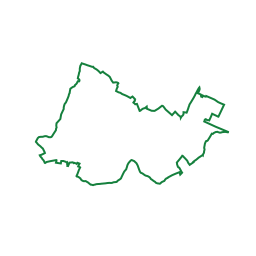 the district of Boianu Mare, Bihor, Romania, rotated 132°
{"feature_id": "2599482B10353811537276", "entity_name": "Boianu Mare", "entity_type": "district", "adm_level": 2, "iso_a3": "ROU", "parent_name": "Romania", "parent_adm1": "Bihor", "projection": "albers", "projection_center": [22.513, 47.387], "detail": "fine", "context": "isolated", "style": "outline", "palette": "green", "viewbox_px": 256, "rotation_deg": 132, "n_neighbors": 0, "source": "geoboundaries", "source_scale": "gbopen_adm2", "svg_char_len": 5781}
<svg xmlns="http://www.w3.org/2000/svg" viewBox="0 0 256 256"><g transform="rotate(132 128 128)"><path d="M200.4,184.2L200.2,180.6L200.3,179.3L200.3,178.5L200.2,177.9L200.4,177.1L201.7,173.9L202.2,173.0L204.1,173.7L206.2,174.6L206.8,175.0L207.3,175.3L207.7,174.3L207.9,173.1L208.0,171.8L208.4,170.8L208.5,169.3L208.9,168.0L209.6,166.6L209.5,166.2L208.9,166.0L207.8,165.8L204.3,163.3L200.3,160.2L199.8,159.7L200.1,159.3L201.0,158.8L202.0,158.3L200.9,156.6L199.3,154.2L197.2,155.5L195.8,154.0L194.7,151.5L194.8,149.9L194.5,149.9L194.9,149.4L195.9,148.7L195.7,148.0L196.7,147.6L196.4,147.1L192.9,148.3L191.8,147.3L190.5,146.1L190.4,144.8L189.9,144.7L189.1,142.9L189.0,142.1L188.3,142.2L187.7,142.3L186.9,140.2L188.7,139.7L189.9,139.3L189.7,138.9L189.6,138.5L189.3,137.5L189.3,137.2L192.0,136.4L195.7,134.9L198.2,134.1L198.3,133.6L197.7,132.6L197.5,131.8L197.4,130.6L197.3,129.6L197.6,128.9L197.8,128.0L197.7,126.8L197.4,125.9L197.0,125.1L195.9,124.1L195.6,123.3L195.5,122.5L195.2,121.1L195.2,119.9L195.1,117.9L194.7,117.5L194.3,116.6L193.8,115.7L193.5,115.5L192.8,115.2L192.1,114.6L191.0,114.0L189.8,112.9L188.4,111.5L187.0,110.3L184.3,107.8L182.6,106.4L181.3,105.2L180.6,104.3L179.9,103.5L179.2,103.0L178.5,102.7L177.7,102.2L177.0,101.5L176.2,100.8L175.7,100.4L175.1,100.3L174.3,100.4L173.4,100.2L171.2,99.6L170.1,99.5L169.0,99.9L167.3,100.4L165.7,100.9L163.1,101.6L161.9,101.7L160.6,101.7L159.9,101.7L159.1,102.1L157.9,102.6L157.1,103.0L156.4,103.4L155.3,103.8L153.4,104.2L152.3,104.2L151.1,104.2L150.3,104.2L149.4,103.9L149.1,103.2L148.9,102.5L148.4,101.1L148.5,100.2L148.5,99.0L148.5,98.2L149.4,95.7L151.4,92.0L152.5,89.8L152.7,88.5L152.1,86.9L151.8,84.0L151.6,83.1L151.1,82.1L150.6,81.1L150.4,80.2L150.2,79.3L150.2,78.4L150.5,77.2L150.6,76.7L150.4,75.8L150.2,73.4L150.0,72.4L149.9,71.8L149.9,71.6L150.0,71.1L150.0,70.4L149.5,69.2L149.2,68.7L148.8,68.2L148.3,67.3L148.0,67.1L147.9,67.0L147.8,66.9L146.0,66.8L145.0,66.5L144.6,66.3L143.9,66.0L143.5,65.8L143.0,65.6L142.7,65.7L142.3,65.7L141.5,65.9L141.1,65.9L140.4,65.8L139.9,65.8L139.6,65.7L139.3,65.5L139.1,65.4L138.8,65.2L138.4,65.1L138.0,65.2L133.5,63.6L130.0,62.0L126.4,60.2L127.7,58.0L125.0,57.9L124.7,59.1L124.0,61.0L123.5,62.4L123.3,63.0L123.2,63.6L123.5,64.1L123.5,64.6L123.3,65.3L122.8,65.9L122.5,66.7L122.1,67.3L121.6,67.8L121.0,68.6L120.4,68.6L117.3,68.7L113.7,68.9L112.3,69.1L112.1,68.4L112.2,67.8L112.3,66.4L112.4,64.8L112.6,62.9L112.6,62.2L112.8,61.8L113.1,61.2L113.3,60.6L113.6,59.9L113.7,59.5L113.8,59.2L113.9,58.3L114.1,57.5L109.6,56.4L109.5,56.8L107.9,56.6L106.0,56.1L104.0,55.8L102.9,55.7L100.7,55.1L99.1,54.7L98.3,54.5L98.3,54.0L97.3,54.6L96.9,54.7L95.9,54.9L95.4,55.1L95.1,55.3L94.5,55.8L93.9,56.1L92.8,56.7L92.3,57.3L92.1,57.7L91.8,58.1L90.7,58.8L89.2,59.7L88.5,60.2L87.3,60.7L86.6,60.9L85.8,61.2L85.2,61.1L84.7,60.6L83.9,60.4L82.9,60.6L81.1,60.9L79.0,61.3L77.3,61.7L76.1,61.9L75.8,61.2L75.6,61.0L74.3,60.9L73.5,60.6L72.3,60.1L71.0,59.0L70.8,58.3L70.0,56.6L69.2,55.9L68.2,55.3L67.8,55.0L66.8,54.1L66.1,53.4L65.2,52.3L64.7,51.3L63.7,50.3L66.8,59.2L68.4,63.7L72.1,75.6L71.5,75.7L71.2,76.0L71.0,76.3L70.7,76.3L70.1,76.4L69.6,76.3L69.4,76.1L69.3,75.4L69.2,74.7L69.0,74.2L68.7,73.9L68.3,73.4L68.0,72.7L63.9,74.0L61.1,75.0L60.7,73.6L60.3,72.2L59.8,70.6L59.6,69.9L59.5,69.5L59.4,69.0L59.1,68.4L52.7,70.3L46.4,72.2L47.6,75.6L48.1,77.2L48.5,78.6L48.7,80.5L49.0,82.7L50.4,86.9L51.9,91.3L52.5,91.1L52.9,91.5L53.3,92.5L53.9,94.4L54.1,94.3L54.6,93.9L55.0,93.5L55.3,93.5L55.4,94.0L55.6,94.4L55.7,94.6L54.4,96.3L54.8,97.6L55.4,99.3L52.6,100.1L51.1,100.8L50.6,101.4L50.1,102.1L50.3,102.1L50.7,102.1L50.9,102.0L51.2,102.0L51.8,101.9L53.2,101.6L54.7,101.2L55.4,101.0L57.7,100.5L58.9,100.1L61.9,99.4L66.5,98.5L69.5,98.0L70.4,97.5L72.0,96.9L73.0,96.4L76.7,94.9L77.4,94.7L77.7,95.3L79.1,97.3L79.9,96.6L80.4,96.2L80.7,96.0L81.2,95.8L81.5,95.8L82.0,95.7L83.4,95.9L85.0,95.6L84.9,95.7L84.8,95.9L84.7,96.1L84.6,96.7L84.5,97.3L84.6,98.3L84.7,99.3L84.7,99.7L84.6,100.1L84.6,100.4L84.5,100.8L84.5,102.0L84.4,102.7L84.3,103.4L84.3,103.9L89.0,103.9L89.1,112.4L88.5,115.2L88.3,116.7L88.7,117.6L90.8,118.0L93.2,118.4L97.5,119.7L99.4,122.0L100.0,123.8L101.1,127.0L100.3,127.6L99.6,128.4L101.7,128.7L103.6,129.8L104.6,130.1L105.8,130.3L106.9,130.4L107.5,130.8L104.1,137.5L105.5,138.5L105.4,139.6L105.5,141.0L104.3,141.2L103.4,141.1L103.1,141.1L102.8,141.5L102.5,141.9L101.9,142.0L101.6,145.7L102.3,145.9L103.3,146.2L104.1,146.3L104.9,149.8L105.4,151.5L106.1,153.5L106.7,155.1L106.8,156.0L106.9,157.1L107.3,157.9L107.8,158.9L108.5,161.6L107.3,162.2L105.9,162.8L104.3,163.2L103.6,164.5L102.4,164.9L101.2,165.1L101.1,165.5L101.2,165.8L101.4,166.4L101.7,167.0L102.2,167.7L102.5,167.9L103.4,168.7L104.2,169.4L103.7,171.9L103.1,173.4L102.2,175.8L102.3,178.1L102.6,179.7L103.0,183.2L102.9,184.4L105.6,185.2L105.4,187.7L105.4,188.7L105.5,190.4L105.7,191.4L106.1,193.2L105.8,194.9L106.4,195.4L106.7,196.0L107.7,198.3L108.6,200.3L109.2,201.9L110.9,205.7L112.2,205.3L113.5,205.1L114.6,204.5L116.1,203.6L118.0,201.9L119.5,201.4L121.5,200.2L123.4,199.3L124.7,198.5L124.6,197.6L124.6,196.6L125.1,195.9L125.6,195.6L126.2,195.6L126.7,196.5L127.7,196.4L128.8,196.0L130.0,195.9L131.6,196.1L132.4,195.7L132.9,195.7L134.3,196.4L135.0,196.6L135.8,196.8L137.4,197.1L140.7,195.1L140.9,194.8L142.5,194.4L143.8,193.6L145.9,192.8L149.1,191.7L150.7,191.2L152.1,191.2L152.9,191.0L154.6,190.2L155.9,189.4L156.9,188.5L162.6,186.8L166.6,184.3L169.3,184.3L171.7,184.3L172.3,184.3L173.4,183.5L174.2,182.9L174.8,182.2L175.4,181.4L176.4,181.1L176.8,180.9L177.9,180.1L182.4,179.4L184.5,179.0L185.8,178.9L186.6,179.3L187.2,180.0L187.8,180.7L188.1,181.6L188.4,182.4L188.5,182.9L189.2,183.8L189.8,184.4L190.6,184.9L191.3,185.3L191.9,185.8L193.0,187.0L194.3,188.1L195.8,188.3L199.5,187.4L199.9,187.2L200.2,184.7L200.4,184.2Z" fill="none" stroke="#15803d" stroke-width="2"/></g></svg>